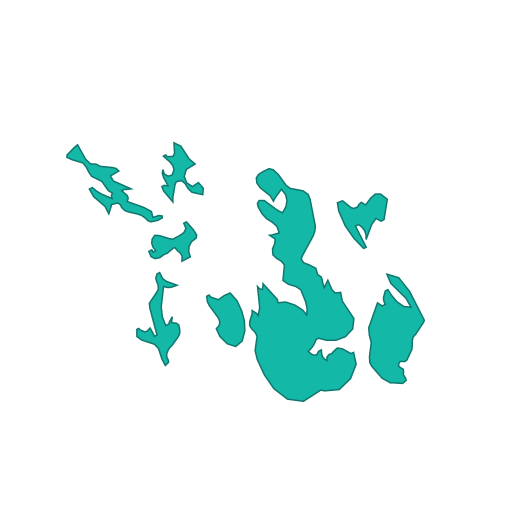 Orkney, Robinson projection, rotated 243°
{"feature_id": "GBR-2744", "entity_name": "Orkney", "entity_type": "Unitary District", "adm_level": 1, "iso_a3": "GBR", "parent_name": "United Kingdom", "parent_adm1": "", "projection": "robinson", "projection_center": [-2.916, 59.046], "detail": "fine", "context": "isolated", "style": "filled", "palette": "teal", "viewbox_px": 512, "rotation_deg": 243, "n_neighbors": 0, "source": "natural_earth", "source_scale": "10m", "svg_char_len": 5142}
<svg xmlns="http://www.w3.org/2000/svg" viewBox="0 0 512 512"><g transform="rotate(243 256 256)"><path d="M320.5,289.9L325.4,291.7L327.5,295.3L328.0,300.5L327.9,307.3L325.0,310.5L318.4,312.9L305.2,314.9L300.7,317.2L292.7,327.5L287.2,330.4L281.8,329.9L255.6,322.4L251.5,319.8L247.9,316.0L235.3,297.7L232.7,294.8L228.3,295.4L223.4,299.8L217.9,303.7L211.5,302.5L207.9,304.5L204.7,304.2L201.3,303.1L196.8,302.5L201.8,309.0L191.1,308.4L186.9,310.0L185.2,314.9L176.7,312.4L155.8,314.8L147.1,309.0L143.5,299.0L144.6,289.2L148.8,280.7L154.3,274.4L154.3,271.6L151.8,268.8L149.8,265.8L148.4,262.6L147.3,259.3L143.5,260.8L141.0,262.9L140.5,265.5L142.7,268.5L142.7,271.6L139.4,270.2L136.4,269.6L133.5,270.1L130.6,271.6L133.8,273.5L135.0,276.3L134.7,279.9L135.4,280.6L137.1,286.6L134.2,290.7L125.9,296.4L125.8,299.2L114.1,296.1L103.8,284.5L99.2,269.5L104.7,255.9L107.1,252.8L105.0,232.4L114.2,219.0L129.6,211.7L146.3,209.5L163.0,210.1L172.2,212.3L184.1,220.6L188.7,220.5L193.0,219.1L196.9,218.8L200.5,220.7L206.0,226.1L209.2,227.8L204.2,230.6L201.9,230.9L208.4,235.9L228.1,243.5L225.5,244.2L224.4,244.9L223.4,246.6L224.9,247.6L226.5,248.9L228.1,249.7L207.6,255.3L204.4,254.3L201.5,261.6L194.7,268.3L186.7,273.0L180.5,274.4L185.7,277.6L192.4,279.4L205.5,280.6L210.7,277.7L216.0,272.1L222.0,268.9L235.0,277.2L239.9,276.2L244.5,273.3L249.3,271.6L254.8,273.9L258.5,278.3L262.4,280.8L268.3,277.5L267.5,279.6L266.5,284.9L265.9,287.1L273.0,288.1L278.9,285.7L284.6,282.3L290.9,280.6L298.9,280.2L302.2,281.1L304.0,284.0L301.7,288.5L287.7,295.5L282.4,299.2L286.4,305.1L291.3,308.8L297.3,310.2L304.0,309.0L299.1,299.4L296.9,296.4L303.2,296.0L314.8,290.7L320.5,289.9ZM139.9,370.9L150.3,370.4L170.5,363.7L180.4,364.4L171.9,373.3L154.6,376.8L122.2,376.8L120.5,374.6L113.9,363.0L112.4,359.0L109.0,356.5L105.0,354.4L101.8,352.3L94.7,343.0L94.4,340.5L95.7,338.5L96.6,336.5L94.8,333.8L92.4,333.2L88.2,335.8L86.6,335.3L83.3,333.4L79.7,333.8L77.0,333.4L75.9,328.8L81.1,320.0L81.8,318.3L89.8,312.9L105.0,309.1L109.3,309.0L114.6,311.3L126.4,319.3L134.1,321.1L140.8,323.8L159.1,343.0L154.2,345.8L154.2,349.2L158.3,349.5L161.2,350.8L166.2,355.4L166.2,358.2L159.6,358.9L151.3,360.8L144.0,364.7L139.9,370.9ZM417.5,144.0L424.9,136.2L429.7,132.3L431.8,133.5L435.1,143.1L436.1,147.5L419.8,148.1L413.2,150.3L410.4,155.3L406.7,157.8L399.9,168.4L397.5,171.1L394.0,172.4L393.4,162.6L387.6,163.0L372.5,175.2L374.2,170.5L375.1,169.0L375.1,166.0L368.4,168.7L365.6,168.4L363.0,166.0L350.3,178.0L343.1,183.0L337.1,181.7L336.2,187.8L334.2,190.6L332.5,189.7L332.4,184.5L334.1,178.0L336.5,175.7L339.8,174.7L344.2,172.4L347.3,169.4L353.0,162.5L356.0,159.8L360.1,158.3L363.5,158.4L366.0,156.8L367.5,150.5L365.6,149.1L360.4,144.0L368.7,144.0L382.6,138.3L391.3,137.9L391.3,141.2L386.2,143.4L381.1,146.6L372.5,153.9L375.1,154.4L376.1,155.0L377.2,156.7L381.2,154.1L392.5,152.5L401.6,145.7L406.9,145.1L412.4,145.1L417.5,144.0ZM209.3,131.9L206.0,130.5L203.1,130.6L200.9,129.8L199.6,125.5L206.8,125.4L217.8,127.1L223.4,125.5L233.0,116.0L238.3,113.3L244.7,116.5L244.8,118.4L244.3,118.9L243.5,118.9L242.5,119.3L238.7,122.7L238.5,124.9L239.9,128.9L232.8,129.2L230.5,128.9L230.5,131.9L257.5,137.7L262.3,139.5L268.9,151.3L270.8,153.9L274.7,155.6L278.5,155.9L281.9,156.7L285.0,159.8L285.0,162.6L278.0,162.6L273.9,164.8L265.8,172.4L266.3,168.4L266.9,165.3L268.2,162.7L270.8,159.8L253.8,148.5L244.4,144.9L235.0,144.0L235.0,147.4L236.7,149.1L239.9,153.9L235.0,150.5L232.3,154.5L229.8,155.8L227.0,155.3L223.4,153.9L221.0,152.3L219.2,149.8L214.3,140.3L213.6,137.9L212.4,135.5L209.3,131.9ZM242.4,349.2L258.4,350.1L266.5,352.7L265.9,358.2L256.1,362.6L254.1,364.4L253.5,368.4L255.3,371.5L256.0,374.2L251.7,376.8L255.5,384.4L257.0,390.5L254.6,395.2L246.9,398.7L230.3,386.6L230.3,383.2L235.0,380.0L231.4,373.2L220.7,361.6L224.8,363.6L229.1,364.3L233.4,363.6L237.5,361.6L237.5,358.2L213.8,358.2L213.8,355.4L227.2,351.3L242.4,349.2ZM224.5,218.8L213.6,218.3L203.5,216.2L194.4,212.1L186.5,205.0L184.6,196.8L190.8,190.6L200.6,187.3L209.2,187.6L209.6,188.5L210.2,190.3L211.5,192.4L213.9,193.8L216.1,194.2L218.7,194.2L232.8,191.9L237.3,191.9L242.5,193.8L242.6,196.1L242.2,196.7L241.2,196.7L239.9,197.1L234.1,202.7L235.2,209.9L234.8,216.2L224.5,218.8ZM384.7,222.2L382.4,227.4L384.6,230.1L394.1,234.3L388.0,238.9L372.9,240.5L365.6,243.5L364.8,233.3L359.6,228.2L352.7,227.5L346.7,230.9L347.6,238.0L340.2,239.8L334.8,236.4L341.9,227.8L347.1,226.1L352.6,225.7L356.8,224.0L358.4,218.8L356.2,216.1L345.5,208.2L341.9,206.5L355.7,203.2L360.6,203.6L360.6,206.5L359.4,207.8L358.4,209.5L368.0,209.3L372.2,210.1L375.2,212.3L370.7,211.5L367.0,214.0L366.2,218.1L370.3,222.2L374.4,222.9L378.9,222.0L387.0,218.8L387.2,221.1L386.6,221.7L385.6,221.6L384.7,222.2ZM285.0,187.6L289.4,190.1L292.9,189.9L296.3,188.4L300.2,187.6L300.6,186.0L298.7,178.2L299.1,175.2L298.2,169.4L299.5,164.8L303.1,162.2L308.8,162.6L308.8,166.0L306.2,166.0L306.2,169.0L310.8,168.3L314.8,168.9L318.1,171.1L320.4,175.2L318.1,179.1L310.5,187.0L308.8,189.3L308.8,196.4L309.6,202.4L312.3,206.1L318.0,206.5L318.0,209.5L307.8,212.1L301.8,212.7L299.1,210.9L298.0,204.9L294.8,200.6L290.3,198.0L285.0,197.1L285.0,187.6Z" fill="#14b8a6" stroke="#0f766e" stroke-width="1.5"/></g></svg>